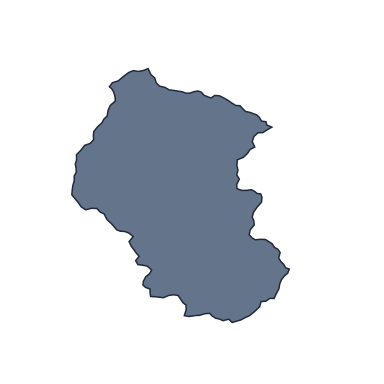 Presidente Bernardes, Minas Gerais, Brazil, rotated 237°
{"feature_id": "56859067B22989959001744", "entity_name": "Presidente Bernardes", "entity_type": "district", "adm_level": 2, "iso_a3": "BRA", "parent_name": "Brazil", "parent_adm1": "Minas Gerais", "projection": "equal_earth", "projection_center": [-43.159, -20.778], "detail": "fine", "context": "isolated", "style": "filled", "palette": "slate", "viewbox_px": 384, "rotation_deg": 237, "n_neighbors": 0, "source": "geoboundaries", "source_scale": "gbopen_adm2", "svg_char_len": 2370}
<svg xmlns="http://www.w3.org/2000/svg" viewBox="0 0 384 384"><g transform="rotate(237 192 192)"><path d="M202.9,294.3L207.4,291.2L210.7,292.3L213.5,289.0L218.1,289.1L221.5,288.2L224.3,286.1L227.2,284.0L230.3,280.8L234.2,279.9L238.2,279.3L240.8,275.8L244.8,273.9L248.8,272.3L253.4,270.0L257.9,267.3L260.6,263.6L260.5,259.2L263.2,257.1L266.6,254.8L270.6,254.2L273.5,252.0L275.0,248.4L276.2,243.8L278.3,240.6L281.6,238.2L284.4,235.0L287.2,231.9L290.0,228.5L294.5,226.3L298.5,222.4L303.0,221.5L308.0,222.8L312.7,221.5L316.0,221.9L319.4,222.4L320.2,218.0L322.2,212.9L325.8,208.8L326.7,204.0L326.3,198.0L325.4,190.6L327.0,184.7L325.3,180.0L322.2,180.9L318.9,180.8L314.5,179.6L310.0,177.3L309.2,170.8L306.2,166.1L302.0,162.3L301.1,157.7L299.1,154.3L298.2,148.6L296.2,142.6L293.2,140.1L289.4,138.0L288.2,132.9L289.6,127.4L287.5,121.4L286.2,115.4L281.6,112.6L279.1,109.4L275.2,107.8L271.6,105.7L269.6,102.0L265.5,99.3L262.4,95.7L258.9,92.6L255.1,89.7L249.5,90.3L245.5,90.8L239.9,91.0L235.0,93.1L233.1,98.8L230.0,103.2L225.1,104.1L221.4,106.4L215.2,105.7L209.6,107.1L204.6,107.9L201.4,108.2L198.3,110.4L195.5,114.1L192.1,116.6L186.6,118.4L184.7,112.2L179.6,111.5L174.8,111.9L171.2,112.0L166.9,112.6L165.1,107.3L160.5,107.1L157.8,110.4L154.2,114.1L148.6,115.6L146.6,111.9L146.1,107.1L143.6,102.6L140.8,100.2L137.4,101.0L133.6,103.9L130.0,101.8L126.9,100.4L123.1,105.5L119.0,110.3L117.8,116.6L115.6,120.9L112.6,124.1L108.4,124.1L104.1,124.1L100.5,125.4L96.4,123.0L92.5,118.2L89.2,121.7L86.4,127.8L84.4,131.3L83.0,136.3L80.6,140.8L77.0,141.4L73.4,143.0L70.3,146.0L67.2,147.9L65.3,153.6L60.7,154.6L59.3,159.3L58.1,163.3L57.7,167.9L57.0,172.7L57.5,178.4L58.9,186.2L62.5,190.2L60.2,194.4L60.4,199.4L58.0,202.8L60.3,206.5L63.5,212.2L67.1,215.5L69.7,219.2L71.2,223.5L71.8,228.1L74.4,231.6L77.4,229.3L81.5,229.5L85.3,228.6L89.5,228.8L93.3,233.0L97.3,232.8L100.5,231.1L105.3,230.9L109.2,229.1L112.2,227.7L114.8,224.0L117.5,219.0L120.6,217.5L124.9,216.6L128.5,220.1L130.5,226.3L134.3,228.2L138.2,228.8L141.5,232.6L143.9,238.5L145.6,244.8L149.6,247.9L153.0,248.6L155.4,245.7L158.7,244.8L161.7,242.9L163.5,238.9L166.2,234.6L170.2,231.6L173.9,233.5L177.0,238.7L182.1,238.9L185.2,242.4L189.8,244.1L194.3,247.5L193.1,253.9L194.1,259.5L196.0,263.8L195.5,269.1L201.5,270.0L204.8,274.2L205.8,279.5L203.2,283.8L203.2,289.1L202.9,294.3Z" fill="#64748b" stroke="#1e293b" stroke-width="1.5"/></g></svg>